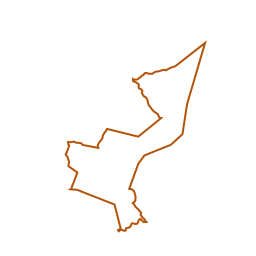 outline of La Croix Maingot, Anse-la-Raye, Saint Lucia, rotated 105°
{"feature_id": "8701671B12954312315710", "entity_name": "La Croix Maingot", "entity_type": "district", "adm_level": 2, "iso_a3": "LCA", "parent_name": "Saint Lucia", "parent_adm1": "Anse-la-Raye", "projection": "albers", "projection_center": [-61.005, 13.965], "detail": "fine", "context": "isolated", "style": "outline", "palette": "amber", "viewbox_px": 256, "rotation_deg": 105, "n_neighbors": 0, "source": "geoboundaries", "source_scale": "gbopen_adm2", "svg_char_len": 2222}
<svg xmlns="http://www.w3.org/2000/svg" viewBox="0 0 256 256"><g transform="rotate(105 128 128)"><path d="M25.9,75.6L56.2,98.4L58.4,101.9L60.9,104.7L61.8,105.6L62.5,106.3L62.5,108.6L63.9,110.9L64.8,112.1L65.5,113.4L66.5,115.9L67.8,117.3L69.4,118.6L69.8,120.6L70.2,121.5L70.0,124.4L70.8,126.1L72.9,126.8L73.6,128.0L75.0,128.8L75.9,129.2L76.5,130.1L78.2,131.1L79.1,132.2L79.8,135.7L79.7,135.8L79.9,135.8L80.0,135.7L81.2,135.3L81.4,134.8L81.6,134.1L81.7,133.5L81.9,132.2L82.2,130.9L82.8,129.5L83.4,128.8L84.2,128.5L84.8,128.4L85.5,128.5L86.0,128.3L86.6,127.9L87.0,127.1L87.1,126.2L87.3,125.1L87.6,124.5L88.1,123.9L88.8,123.6L89.6,123.7L90.4,123.8L90.8,123.5L91.5,122.8L92.3,122.0L93.1,120.9L93.5,120.4L93.6,119.5L93.7,118.6L95.5,116.8L100.2,114.2L104.2,109.1L105.5,106.9L106.8,102.9L110.0,100.2L109.8,98.5L133.7,115.9L134.3,148.0L136.7,148.6L138.3,149.3L141.3,150.3L145.1,150.1L146.7,150.9L150.3,152.4L152.5,152.6L153.8,152.4L154.9,151.6L156.1,167.4L155.8,167.7L154.9,169.2L155.1,171.9L155.5,173.5L155.5,175.1L155.1,177.0L156.6,179.6L156.9,182.2L159.0,181.6L159.3,181.3L160.0,180.4L160.3,180.4L161.0,180.3L163.7,180.5L165.3,180.7L167.1,180.8L169.5,181.4L169.8,181.2L170.2,181.0L170.2,180.6L170.4,180.4L170.6,180.1L171.6,179.0L172.3,178.6L174.0,177.4L174.6,177.0L176.2,176.0L178.3,176.0L178.9,175.9L180.3,175.7L182.5,169.7L184.1,165.4L195.4,166.5L196.2,166.6L197.2,166.8L201.7,167.1L201.9,167.4L202.1,167.6L202.0,166.9L200.9,161.4L201.1,158.4L201.4,156.9L205.4,121.2L227.3,108.9L229.1,111.2L229.4,111.1L230.1,110.1L227.9,108.7L228.1,106.1L228.3,104.6L227.4,103.7L226.1,103.9L225.3,103.9L224.6,102.7L224.0,101.2L223.3,101.0L222.7,100.2L219.5,99.8L218.8,99.0L218.8,96.3L218.7,95.5L218.0,94.5L216.9,94.0L215.4,93.8L214.2,93.9L212.6,92.5L213.3,91.5L214.8,88.5L214.0,85.9L211.7,88.8L210.7,90.7L208.8,93.1L208.7,93.3L206.6,93.4L204.4,96.4L204.2,96.7L202.1,100.4L201.1,101.5L200.3,102.3L199.4,103.9L198.2,103.2L197.0,102.3L195.8,102.2L192.3,102.9L189.7,104.4L188.1,105.4L187.4,105.9L186.9,107.2L186.2,108.5L186.3,109.4L186.5,111.1L175.2,110.1L159.9,108.8L150.2,105.0L150.1,104.8L150.0,104.7L142.6,94.9L133.2,82.3L119.9,73.8L89.7,77.1L84.5,77.0L75.6,76.8L69.5,76.6L25.9,75.6Z" fill="none" stroke="#b45309" stroke-width="2"/></g></svg>